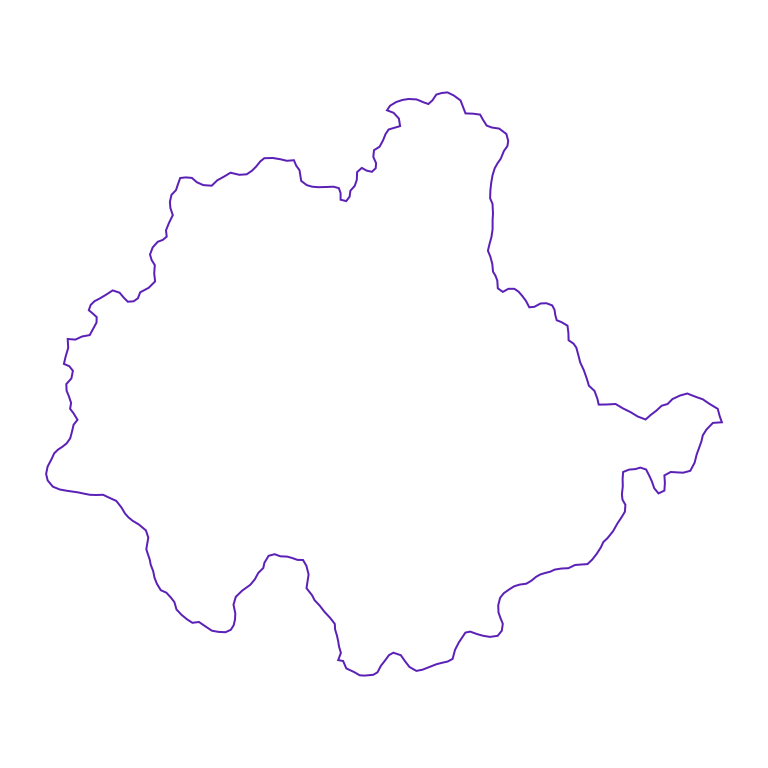 Cristália, Minas Gerais, Brazil
{"feature_id": "56859067B10808930633928", "entity_name": "Cristália", "entity_type": "district", "adm_level": 2, "iso_a3": "BRA", "parent_name": "Brazil", "parent_adm1": "Minas Gerais", "projection": "albers", "projection_center": [-42.811, -16.709], "detail": "fine", "context": "isolated", "style": "outline", "palette": "violet", "viewbox_px": 768, "rotation_deg": 0, "n_neighbors": 0, "source": "geoboundaries", "source_scale": "gbopen_adm2", "svg_char_len": 4517}
<svg xmlns="http://www.w3.org/2000/svg" viewBox="0 0 768 768"><path d="M721.9,422.3L719.8,416.5L717.7,408.8L709.2,403.7L702.8,399.3L697.3,397.4L692.0,395.4L687.3,393.5L680.1,395.5L672.4,399.1L667.6,404.0L661.7,405.7L656.3,410.7L650.9,414.8L645.6,419.5L637.7,416.5L630.5,412.1L623.0,408.4L615.6,404.0L606.4,404.5L598.7,404.6L597.4,398.8L594.5,390.9L588.9,385.7L586.8,378.7L583.9,370.4L580.2,362.4L578.0,353.8L576.3,347.6L573.5,343.6L568.6,340.3L568.4,333.1L567.5,325.7L561.4,322.1L556.7,320.2L555.3,315.1L554.5,309.8L552.2,305.4L546.3,303.2L540.5,303.5L534.4,306.8L529.3,307.3L525.9,300.8L521.9,295.5L518.5,291.6L514.3,288.8L508.4,288.8L502.8,291.9L497.8,288.3L497.3,280.6L495.5,275.8L493.0,271.6L492.3,264.0L490.4,256.8L487.9,250.7L489.6,243.7L491.5,236.8L492.6,229.1L492.6,220.2L493.0,213.5L492.5,203.8L490.1,198.3L490.4,190.1L491.2,182.9L492.5,175.4L494.7,168.3L497.4,163.5L500.8,158.6L503.9,151.0L507.4,146.1L508.2,140.9L506.4,134.0L499.2,128.6L491.8,127.5L486.7,125.6L483.2,120.1L480.1,114.6L473.2,113.7L465.5,113.4L463.4,107.9L460.5,100.4L453.8,95.5L447.5,92.4L441.7,93.0L436.3,94.6L432.4,100.4L428.4,104.0L423.8,102.4L416.5,99.4L408.5,99.0L402.7,99.9L396.2,102.0L390.1,105.7L387.0,110.3L393.6,112.8L398.9,118.6L400.1,126.1L393.3,128.1L388.6,129.5L385.5,134.2L383.1,140.2L379.6,146.7L374.0,150.2L373.3,156.9L376.1,163.2L375.7,168.2L371.9,171.8L366.6,170.6L361.8,167.9L357.1,172.1L356.8,179.9L354.7,185.9L350.4,190.7L349.6,196.7L346.2,201.1L340.6,199.7L340.6,193.1L338.8,188.1L333.5,186.7L325.8,187.0L318.3,187.2L312.2,186.7L306.7,185.1L301.2,180.9L299.5,170.2L296.3,165.8L293.9,160.2L286.8,160.8L280.7,159.3L272.8,158.0L264.3,158.2L260.3,161.4L256.2,166.5L252.0,170.7L246.7,174.3L239.3,174.8L230.5,172.7L224.2,176.5L217.3,180.3L211.7,185.7L203.3,185.1L196.9,182.3L191.9,177.9L185.8,177.4L180.2,178.0L178.1,183.8L176.0,190.1L171.5,194.8L169.9,201.9L170.4,208.1L172.8,215.1L168.9,223.1L166.0,230.3L166.7,236.6L162.8,239.9L157.7,241.8L152.7,247.4L150.0,254.5L151.6,260.0L154.8,265.1L154.2,273.4L155.1,281.4L148.7,287.8L140.2,292.3L137.9,298.3L133.6,301.3L127.8,301.7L123.8,297.7L119.6,292.7L112.7,290.4L105.6,295.0L99.5,298.6L94.5,301.2L90.7,304.9L88.8,310.2L93.1,313.8L96.7,317.1L96.5,322.6L93.3,328.5L89.7,335.1L82.0,336.5L75.4,339.6L67.7,339.0L68.2,347.9L65.6,356.7L63.9,363.9L69.3,366.2L72.9,370.8L71.4,378.4L66.3,384.1L66.6,390.8L68.8,396.0L71.1,402.9L70.1,408.8L73.6,413.4L77.5,419.8L73.6,424.7L72.1,431.2L70.2,438.3L66.7,443.3L62.2,446.9L57.9,449.7L54.2,453.3L51.8,458.6L47.6,466.6L46.1,474.0L47.7,480.5L52.9,486.7L59.8,489.5L67.6,490.9L77.6,492.3L84.3,493.7L89.9,494.8L95.8,495.0L103.1,494.8L109.4,497.8L116.3,500.9L121.6,507.7L125.0,513.5L128.3,517.2L132.5,520.7L139.0,524.6L145.9,530.4L148.3,537.6L147.3,543.3L146.3,549.2L147.8,553.9L149.7,559.4L150.7,564.7L153.2,571.2L154.5,577.7L156.9,583.8L160.8,590.2L166.4,592.7L170.9,597.6L174.4,602.1L176.5,609.5L181.5,614.8L187.1,619.4L192.4,622.8L199.0,622.0L205.4,626.4L211.9,630.7L218.5,631.9L225.5,632.2L230.8,629.8L233.7,625.2L235.0,619.5L235.3,613.4L233.5,604.7L235.8,596.8L242.1,590.7L250.3,584.8L254.8,579.4L258.3,572.9L263.3,568.0L264.4,562.8L268.6,555.8L274.7,554.2L280.3,556.3L287.1,556.6L292.2,558.0L297.5,559.9L303.0,560.0L306.4,565.8L308.6,574.5L307.6,581.0L306.5,588.2L312.1,595.3L314.5,600.1L319.5,605.4L324.3,611.6L330.3,618.1L334.8,623.9L335.1,629.4L337.0,635.8L338.2,641.3L339.0,646.5L340.9,652.9L338.2,660.1L343.1,661.0L346.3,668.4L354.4,672.2L359.7,675.3L364.5,675.6L373.3,674.8L377.5,672.3L380.9,665.8L385.2,660.3L388.9,655.2L393.3,652.7L400.8,655.2L405.0,661.2L409.5,667.0L416.4,670.9L422.5,669.7L429.4,667.0L436.5,664.2L442.0,662.8L447.7,661.5L452.6,658.9L455.0,649.9L458.8,642.5L462.4,637.1L465.4,632.6L470.2,631.6L477.1,634.1L483.2,635.8L490.0,636.9L497.7,635.8L501.8,630.7L502.8,623.8L500.3,617.6L498.5,612.5L498.2,605.4L500.1,597.8L503.8,593.2L509.1,589.5L514.1,586.3L519.6,584.6L526.3,583.7L531.4,580.7L536.1,576.8L540.4,574.4L545.1,573.0L550.2,571.7L554.7,569.6L561.7,568.5L568.4,568.2L575.0,565.0L581.4,564.5L587.5,564.1L592.3,559.5L596.8,553.7L600.9,547.3L603.3,542.1L607.6,538.0L613.2,531.0L617.2,523.8L621.4,517.5L624.9,511.7L625.4,504.8L622.5,499.7L621.9,494.4L622.8,486.2L622.6,479.2L623.1,472.0L629.1,469.6L635.3,469.1L640.3,467.6L646.1,469.5L649.5,476.2L652.0,481.7L654.2,488.2L658.5,493.4L664.4,490.6L664.9,482.9L664.4,475.4L670.7,472.0L677.6,472.4L683.2,472.7L690.3,470.8L694.6,462.7L696.7,454.4L699.3,447.3L701.5,441.1L702.8,435.3L706.5,429.5L712.9,422.9L721.9,422.3Z" fill="none" stroke="#5b21b6" stroke-width="2"/></svg>